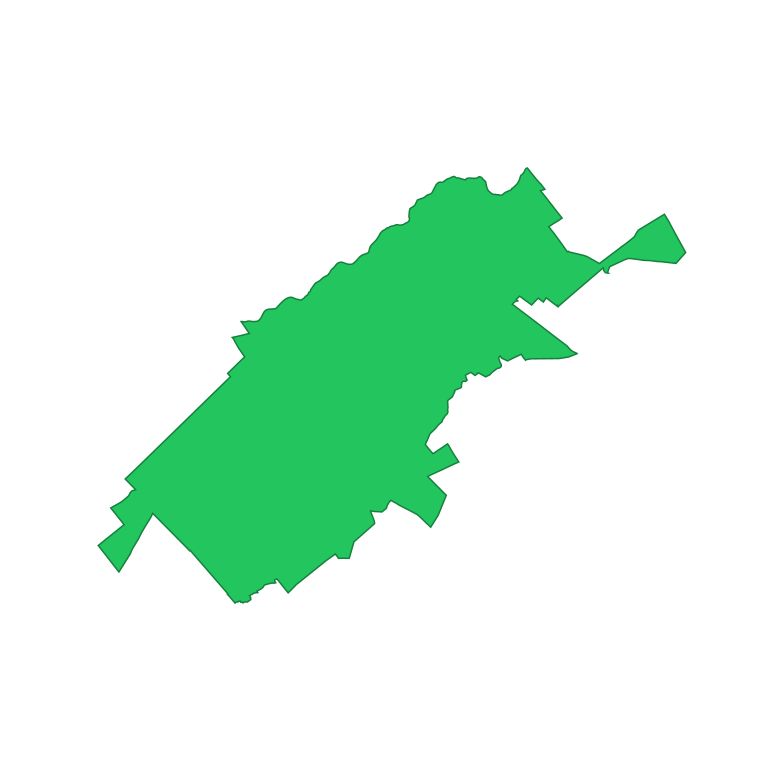 Villagrán, Guanajuato, Mexico (orthographic projection), rotated 140°
{"feature_id": "50627088B37943890522805", "entity_name": "Villagrán", "entity_type": "district", "adm_level": 2, "iso_a3": "MEX", "parent_name": "Mexico", "parent_adm1": "Guanajuato", "projection": "orthographic", "projection_center": [-101.009, 20.546], "detail": "fine", "context": "isolated", "style": "filled", "palette": "green", "viewbox_px": 768, "rotation_deg": 140, "n_neighbors": 0, "source": "geoboundaries", "source_scale": "gbopen_adm2", "svg_char_len": 6147}
<svg xmlns="http://www.w3.org/2000/svg" viewBox="0 0 768 768"><g transform="rotate(140 384 384)"><path d="M638.2,312.0L637.5,312.0L636.6,311.6L636.1,310.9L635.0,310.8L633.8,310.3L634.0,308.9L632.8,308.1L632.9,307.7L632.8,307.0L630.4,306.4L628.8,304.8L625.1,304.5L624.6,304.5L623.4,306.1L623.2,308.3L617.9,307.3L614.8,305.4L614.8,305.6L614.5,307.0L610.4,306.1L607.3,306.0L605.3,306.7L604.4,306.7L598.7,304.1L597.7,303.4L596.0,302.0L594.7,301.3L594.3,303.6L593.5,304.3L591.3,303.4L591.4,297.2L591.5,295.6L591.7,285.6L581.6,286.5L580.8,286.7L541.7,285.9L530.5,285.0L530.9,279.6L529.1,278.3L522.7,272.8L508.5,282.4L480.9,283.1L479.5,285.3L476.2,294.8L475.9,295.4L474.5,294.0L473.1,292.2L472.0,291.3L467.8,287.3L462.0,287.2L459.7,288.8L456.2,290.1L454.6,290.3L453.6,290.5L451.0,284.0L450.8,283.1L450.2,281.3L445.8,270.9L442.5,262.7L442.3,261.8L441.8,258.4L440.3,244.3L428.1,248.2L427.3,248.4L407.8,258.7L408.9,271.3L409.4,277.4L409.5,279.1L410.0,285.1L409.9,285.1L404.0,283.6L402.4,283.1L382.3,277.8L376.8,276.2L375.6,286.3L374.9,290.4L374.6,291.8L373.9,295.6L373.8,297.3L383.6,298.3L390.1,299.0L391.3,299.2L391.4,303.0L391.3,311.0L388.3,312.7L387.7,312.7L380.9,316.3L373.4,316.8L368.4,317.7L363.9,317.8L362.3,318.8L357.5,320.3L354.4,320.6L352.8,321.7L351.7,323.6L350.3,324.6L346.2,330.1L345.3,330.4L340.0,330.2L334.6,332.7L334.5,333.4L333.8,333.6L332.5,333.4L329.9,332.4L327.8,331.8L327.4,331.7L327.0,331.8L326.6,332.0L326.1,332.5L324.9,333.8L324.5,334.3L323.7,334.8L322.6,335.2L322.0,335.3L321.5,335.1L321.0,334.8L320.1,333.8L319.7,333.5L317.7,333.6L317.7,334.2L316.5,337.4L315.9,338.4L310.0,337.1L308.8,332.1L305.3,331.7L305.4,332.0L304.5,331.9L301.5,324.1L297.2,323.1L296.6,323.0L295.3,323.3L294.2,323.4L287.5,323.2L286.7,322.8L285.5,322.2L285.1,322.0L283.8,322.0L283.0,322.1L282.6,322.4L281.9,323.2L281.3,325.0L281.1,326.0L280.1,328.8L279.4,330.1L278.7,330.7L277.9,330.8L277.1,330.8L277.2,328.1L274.5,322.3L268.0,320.7L259.7,318.5L260.3,314.6L260.3,311.2L259.5,311.2L258.8,310.9L256.9,309.8L254.7,308.4L233.6,291.0L225.4,286.1L216.6,283.1L216.6,283.7L218.5,287.6L219.2,290.5L219.3,295.5L222.9,311.2L227.8,333.5L234.4,362.7L231.1,362.9L230.5,362.8L229.7,362.5L229.0,362.2L228.2,361.6L228.0,361.9L228.3,362.3L228.5,363.8L223.6,364.1L222.2,358.1L220.1,349.6L215.5,350.2L210.7,350.6L209.2,344.3L204.4,345.8L201.1,331.5L200.6,332.0L200.7,331.4L182.4,331.7L141.4,332.1L141.4,331.8L142.7,329.8L142.9,327.1L141.3,325.1L140.8,324.7L140.9,325.4L140.6,326.0L135.8,328.8L133.0,328.1L120.2,324.6L118.3,324.0L116.1,323.1L113.5,320.6L112.2,319.1L110.8,317.7L106.2,312.5L103.8,310.1L102.3,308.9L100.2,306.8L94.9,301.1L94.6,301.0L94.1,300.6L82.8,288.7L68.4,290.8L65.1,307.5L61.9,323.0L61.4,324.8L60.1,333.8L90.3,338.4L93.9,337.3L97.5,335.9L102.1,335.9L106.8,336.0L114.2,336.5L115.8,336.5L116.1,336.5L116.9,336.6L119.9,336.7L132.5,337.4L141.5,337.8L146.8,351.7L147.8,353.0L147.9,353.5L157.1,365.9L157.5,367.1L158.3,367.1L158.5,368.3L157.5,380.8L156.9,390.6L156.7,398.6L150.8,397.9L145.2,397.0L140.9,396.6L140.7,405.5L140.2,418.2L140.0,423.0L139.9,431.5L135.6,429.7L135.3,437.0L135.6,437.7L135.6,442.0L135.8,442.3L135.8,442.9L135.6,443.8L135.6,450.5L135.3,457.3L136.5,457.8L138.3,457.4L140.5,456.3L142.1,455.9L144.2,455.7L144.8,455.9L145.8,455.5L149.0,453.4L150.9,452.5L154.0,451.6L159.9,451.3L160.3,451.6L161.6,451.0L162.2,451.1L167.4,452.7L168.6,452.8L169.5,452.9L171.4,452.8L172.2,452.9L172.5,453.0L174.2,454.7L174.8,455.6L175.7,456.3L176.3,457.0L176.8,457.7L177.5,458.2L178.3,459.0L179.0,460.2L179.2,461.2L179.3,462.2L179.9,464.7L179.7,465.5L179.5,466.4L179.5,467.0L179.2,467.8L178.3,469.5L177.9,470.5L177.5,470.9L176.8,472.6L176.4,472.9L176.1,474.1L176.5,476.9L176.4,478.3L176.6,479.8L177.5,481.3L178.0,481.7L180.0,481.9L180.7,482.1L183.3,484.1L185.3,486.1L187.1,487.6L188.4,488.2L189.3,488.3L190.0,488.0L190.5,488.1L191.0,488.7L194.3,493.7L195.3,494.5L196.3,496.0L196.5,497.1L196.8,497.8L197.2,498.2L199.3,499.0L200.9,499.3L203.9,500.4L205.1,500.6L207.0,500.6L209.0,500.8L209.9,501.2L211.1,502.5L212.6,503.3L213.9,503.4L215.8,503.2L224.3,499.7L225.4,499.6L226.3,499.7L228.6,500.7L229.9,500.9L233.4,501.1L235.5,501.8L239.8,503.4L240.4,503.4L245.0,501.3L245.9,501.1L246.8,501.1L251.1,501.6L251.8,501.4L253.3,500.2L255.7,497.9L257.2,496.3L257.8,495.3L258.4,494.0L259.1,493.4L259.9,493.0L261.1,492.7L262.3,492.8L264.6,493.5L266.5,493.6L269.3,495.1L269.8,495.6L271.5,497.5L273.0,498.5L274.0,498.7L275.6,499.4L277.4,500.4L278.4,500.7L280.2,500.9L281.1,501.5L282.1,501.7L283.9,501.6L284.8,501.9L286.3,502.2L287.7,502.2L289.4,501.9L290.4,501.7L292.5,500.7L296.1,499.6L298.1,499.2L304.3,498.6L305.8,498.2L307.4,497.4L308.7,496.5L310.3,495.3L310.9,494.9L311.5,494.8L312.2,494.8L313.1,495.1L317.6,496.7L318.9,496.9L320.4,497.0L321.8,496.9L326.1,496.2L327.5,496.1L330.9,496.2L331.8,496.5L332.7,497.3L333.9,498.2L335.0,499.5L336.0,501.1L337.1,503.1L337.9,504.3L339.1,505.3L340.1,505.8L341.2,506.2L342.4,506.3L343.7,506.2L347.5,505.5L349.6,505.4L351.5,505.2L352.6,504.9L353.8,504.2L355.0,504.1L356.3,503.6L357.1,503.6L361.3,504.5L362.1,504.6L366.0,504.5L367.2,504.5L370.8,505.2L371.6,505.3L373.4,505.0L379.4,503.4L380.2,502.9L381.0,502.3L381.4,502.3L382.5,502.5L383.4,502.3L384.0,501.7L384.9,501.4L387.9,501.6L389.9,501.2L392.9,501.5L393.8,501.8L394.6,502.6L395.5,504.2L396.2,504.7L398.8,509.5L400.2,510.8L401.5,511.5L403.4,512.1L405.3,512.4L408.6,512.4L412.5,512.1L417.0,511.4L417.9,511.4L418.9,511.7L419.8,512.1L423.9,515.2L425.8,516.2L427.5,516.5L429.6,516.3L431.7,515.5L433.1,514.8L435.6,513.8L437.8,513.3L439.6,513.2L441.2,513.8L443.1,515.1L445.2,517.0L446.7,518.8L448.1,519.8L450.0,520.6L451.0,521.3L451.6,522.0L452.0,522.6L453.3,523.7L454.7,509.3L465.4,514.6L470.3,517.2L470.3,515.2L470.7,513.5L471.4,509.9L472.0,506.8L472.4,504.3L473.3,494.4L497.0,492.6L496.9,488.3L609.6,479.9L634.8,478.1L643.3,477.6L642.2,462.7L645.9,464.2L648.7,463.8L651.3,462.5L658.2,462.4L661.9,462.6L673.0,464.7L673.5,443.3L706.7,444.0L707.9,410.4L687.7,416.9L682.8,419.4L671.9,423.1L665.4,425.9L659.9,427.9L649.0,431.5L644.3,433.6L640.3,384.6L640.1,381.1L639.4,381.0L638.5,324.5L638.7,323.5L639.1,323.6L638.9,311.9L638.2,312.0Z" fill="#22c55e" stroke="#15803d" stroke-width="1.5"/></g></svg>